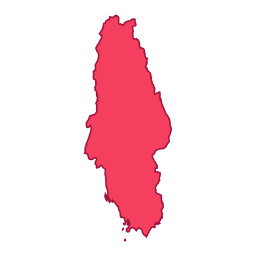 Khlong Thom, Krabi, Thailand
{"feature_id": "78962969B45717742719747", "entity_name": "Khlong Thom", "entity_type": "district", "adm_level": 2, "iso_a3": "THA", "parent_name": "Thailand", "parent_adm1": "Krabi", "projection": "equal_earth", "projection_center": [99.206, 7.914], "detail": "fine", "context": "isolated", "style": "filled", "palette": "rose", "viewbox_px": 256, "rotation_deg": 0, "n_neighbors": 0, "source": "geoboundaries", "source_scale": "gbopen_adm2", "svg_char_len": 5829}
<svg xmlns="http://www.w3.org/2000/svg" viewBox="0 0 256 256"><path d="M114.8,15.8L114.8,16.2L113.8,17.0L113.3,16.9L112.6,17.6L109.9,16.7L109.8,17.4L109.4,17.9L109.4,19.6L108.1,19.6L106.6,20.5L105.7,21.3L105.5,22.2L105.0,23.4L103.8,23.4L102.6,28.4L102.7,29.0L102.0,29.6L101.8,30.7L100.7,31.4L100.4,32.7L99.9,32.9L99.5,33.7L100.2,34.6L101.7,35.0L101.8,35.5L101.3,35.5L101.2,35.9L101.7,36.8L101.6,38.2L100.6,39.5L98.8,43.2L97.3,45.4L95.9,47.9L96.0,48.8L96.9,51.1L98.1,52.6L98.8,54.6L98.3,58.7L97.9,60.1L95.2,65.2L95.5,65.9L95.4,67.3L95.6,69.3L95.3,70.1L94.9,70.1L94.7,70.8L93.7,71.0L93.3,71.7L93.8,74.9L93.4,75.6L93.6,75.9L93.4,76.6L93.5,76.9L93.3,77.9L93.9,78.5L93.9,79.2L95.2,79.6L95.3,80.0L96.0,80.2L95.6,82.8L96.1,83.6L95.8,84.5L95.9,85.6L95.7,85.8L95.3,86.9L94.7,87.4L95.1,88.0L95.1,90.2L95.6,90.2L96.6,91.3L96.6,92.4L96.4,92.7L97.0,93.4L96.6,94.0L96.6,94.4L97.0,94.4L97.6,95.0L97.2,95.7L96.7,95.5L96.7,96.1L97.2,96.7L97.7,97.8L97.0,100.0L97.8,100.7L97.9,101.0L96.7,101.7L95.9,103.4L96.9,105.2L96.6,108.7L96.9,111.3L96.2,112.6L94.8,114.3L89.8,115.9L88.8,119.0L86.3,123.1L86.5,126.5L86.8,127.2L87.5,127.5L88.5,127.3L90.4,125.5L91.0,127.3L91.2,129.9L88.9,137.4L86.9,142.7L86.0,144.3L86.6,144.9L85.3,147.1L85.0,150.1L85.4,152.2L85.0,152.7L85.3,152.8L84.8,153.3L87.0,153.8L87.6,154.3L88.7,158.2L89.1,158.9L89.8,159.4L91.9,159.5L95.3,157.7L96.1,158.0L96.7,159.5L95.6,161.6L95.2,163.4L95.4,164.2L96.8,165.5L96.4,167.3L96.7,167.9L97.3,168.0L98.2,167.3L99.6,166.9L101.1,165.4L101.6,165.3L102.1,165.6L103.0,167.6L105.3,169.0L105.4,169.9L105.0,173.6L105.8,177.9L106.1,186.3L107.4,189.6L108.0,193.6L107.9,196.5L108.1,196.6L109.3,199.7L110.1,200.1L110.5,201.4L111.2,201.6L112.9,200.8L114.7,202.2L115.4,203.5L117.2,205.6L117.1,206.0L118.1,206.6L118.6,208.0L118.5,208.4L118.8,209.7L120.1,212.2L120.4,216.1L120.9,217.3L121.3,217.4L121.5,217.0L122.0,216.9L123.2,217.4L124.6,218.9L125.0,221.0L126.2,222.1L126.9,221.9L127.8,219.7L128.7,220.2L128.5,221.0L129.3,222.0L129.6,223.1L129.6,224.1L128.7,227.0L127.8,228.0L126.8,228.4L126.4,229.7L126.5,231.0L127.7,231.9L128.9,231.7L129.6,230.8L129.5,230.1L129.7,229.3L131.8,227.5L134.9,228.5L135.6,230.1L136.3,230.7L137.1,229.3L138.3,228.4L139.0,228.1L141.4,229.2L142.3,230.8L142.6,233.0L144.4,235.2L145.2,235.8L145.9,235.8L146.4,236.8L150.0,229.7L151.2,227.8L152.5,226.8L154.5,227.5L154.9,227.3L155.0,226.6L154.5,225.3L155.0,223.7L155.5,223.7L156.1,224.4L156.5,224.1L156.4,223.3L156.6,222.9L157.2,223.8L157.5,222.8L158.0,223.0L158.0,223.5L158.5,224.0L158.7,223.5L159.4,223.3L158.9,223.0L158.9,222.4L159.4,222.2L159.5,221.0L159.9,220.8L160.5,219.8L160.5,218.9L161.4,218.0L161.8,218.3L162.0,217.6L161.7,217.2L162.1,217.1L161.9,216.6L162.2,216.5L161.9,215.0L162.5,214.1L161.9,212.8L161.9,212.3L161.6,212.1L161.4,210.7L161.8,210.3L161.7,209.6L162.1,209.1L162.1,208.6L162.6,208.3L162.9,207.4L163.1,207.4L163.2,207.0L162.9,205.1L163.2,204.5L162.7,203.4L162.7,202.8L162.3,202.9L161.6,202.4L161.6,201.9L161.9,200.9L161.5,200.1L161.3,196.3L161.0,195.1L156.9,193.3L155.7,192.2L155.9,189.8L155.4,188.7L155.5,186.9L157.3,183.9L158.0,183.5L158.5,182.0L159.7,180.3L159.1,178.9L160.0,175.8L160.2,173.0L158.1,172.0L156.9,171.8L155.1,172.1L155.2,168.6L155.6,168.1L157.1,168.2L157.3,165.7L156.2,164.5L155.4,162.1L154.2,161.2L153.2,158.5L152.5,157.8L152.3,156.6L152.5,155.7L153.3,154.4L154.4,153.7L155.2,151.2L158.3,149.2L163.8,148.4L165.5,147.2L166.2,146.2L167.4,143.7L168.7,142.3L169.2,141.3L168.7,137.1L169.5,135.6L171.1,130.7L171.2,128.3L170.2,125.5L170.1,123.2L169.4,119.0L168.7,118.0L168.3,116.8L166.3,114.4L164.5,110.4L161.7,103.5L161.2,101.0L160.5,100.4L161.1,99.3L159.9,98.9L160.2,97.4L159.7,96.3L160.2,94.3L159.6,92.6L159.7,92.0L159.1,92.0L158.9,92.5L158.2,92.8L157.2,92.9L155.5,94.1L154.9,94.2L154.4,93.4L154.5,92.0L154.3,91.0L154.7,89.8L154.6,88.0L153.9,86.9L153.4,85.0L152.1,83.3L152.0,81.6L151.7,81.1L151.1,79.3L151.1,78.4L151.5,77.2L150.4,76.3L150.8,75.2L150.5,73.6L149.6,72.3L148.3,71.4L148.2,70.9L147.1,70.5L147.4,69.4L147.1,68.4L146.2,67.9L146.1,67.5L145.6,67.4L145.3,66.7L145.8,66.3L146.3,64.9L146.6,64.8L146.3,63.7L146.7,63.5L146.5,63.2L147.0,62.7L147.0,62.1L146.7,61.8L146.9,60.9L146.7,60.2L147.4,58.4L145.8,58.1L145.7,57.5L145.4,57.1L145.4,56.3L144.7,55.2L145.0,53.7L144.7,53.0L144.2,52.5L144.5,51.6L144.3,51.3L144.3,50.0L143.1,48.5L142.5,48.6L141.1,47.6L140.0,47.9L139.7,47.2L139.4,44.2L139.5,43.5L139.2,43.1L139.1,41.8L138.9,41.2L137.8,40.2L137.9,39.7L137.2,39.6L136.4,38.7L135.2,39.1L134.5,38.9L133.9,39.2L133.1,38.4L132.7,32.3L133.2,31.5L132.8,29.7L132.8,28.3L132.4,26.8L132.6,26.4L134.3,25.8L135.5,25.8L135.9,25.2L135.8,23.9L134.8,21.2L135.1,20.1L135.0,19.4L134.5,19.0L131.6,19.4L130.6,20.6L128.4,21.0L125.2,22.3L124.9,23.0L124.2,23.2L124.2,24.1L123.9,24.4L123.8,24.9L122.3,24.6L121.9,25.0L121.0,24.0L119.4,24.2L118.8,23.5L118.5,22.1L118.8,20.4L118.6,19.0L118.8,17.8L118.5,17.1L117.8,16.7L117.4,16.1L116.9,15.9L116.4,16.2L116.3,15.4L114.8,15.8ZM106.3,200.0L107.0,198.7L107.1,197.4L106.3,195.1L105.6,194.1L105.7,195.8L105.1,196.9L105.4,198.1L106.3,200.0ZM125.4,223.4L125.1,223.0L123.6,223.5L124.1,224.7L124.7,224.9L125.4,223.4ZM107.8,200.2L108.1,198.7L107.6,197.3L107.4,198.9L107.8,200.2ZM128.1,224.4L128.8,223.7L128.5,222.6L128.1,223.3L128.1,224.4ZM105.1,196.7L105.6,195.8L105.3,194.8L104.9,195.6L104.9,196.3L105.1,196.7ZM125.3,240.6L125.3,239.6L125.2,239.4L124.8,239.5L124.6,240.1L124.7,240.6L125.3,240.6ZM127.5,224.6L127.7,224.2L127.6,223.4L127.2,224.3L127.5,224.6ZM107.2,200.0L107.0,199.3L106.7,200.1L107.0,200.5L107.2,200.0ZM122.7,229.6L123.1,229.2L123.2,228.5L122.8,228.7L122.7,229.6ZM112.7,201.9L112.9,201.5L112.6,200.9L112.5,201.7L112.7,201.9ZM128.0,222.9L128.2,222.4L128.1,222.0L127.9,222.5L128.0,222.9ZM109.3,202.0L109.3,201.5L109.0,201.1L109.0,201.7L109.3,202.0ZM129.1,222.4L129.0,221.9L128.7,221.7L128.8,222.2L129.1,222.4Z" fill="#f43f5e" stroke="#9f1239" stroke-width="1.5"/></svg>